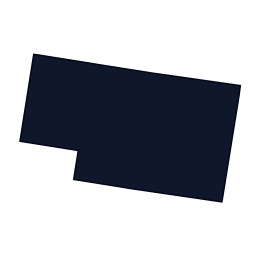 Blaine, Oklahoma, United States of America (Mercator projection), rotated 99°
{"feature_id": "52423323B75557290257100", "entity_name": "Blaine", "entity_type": "district", "adm_level": 2, "iso_a3": "USA", "parent_name": "United States of America", "parent_adm1": "Oklahoma", "projection": "mercator", "projection_center": [-98.46, 35.859], "detail": "fine", "context": "isolated", "style": "filled", "palette": "ink", "viewbox_px": 256, "rotation_deg": 99, "n_neighbors": 0, "source": "geoboundaries", "source_scale": "gbopen_adm2", "svg_char_len": 361}
<svg xmlns="http://www.w3.org/2000/svg" viewBox="0 0 256 256"><g transform="rotate(99 128 128)"><path d="M68.6,23.7L70.0,114.5L70.0,143.9L70.0,167.0L69.9,227.7L70.0,232.6L72.4,232.6L137.8,232.6L158.0,232.6L158.0,178.5L158.0,173.6L187.3,173.6L187.3,134.2L187.4,114.6L186.3,23.7L78.5,23.4L68.6,23.7Z" fill="#0f172a" stroke="#020617" stroke-width="1.5"/></g></svg>